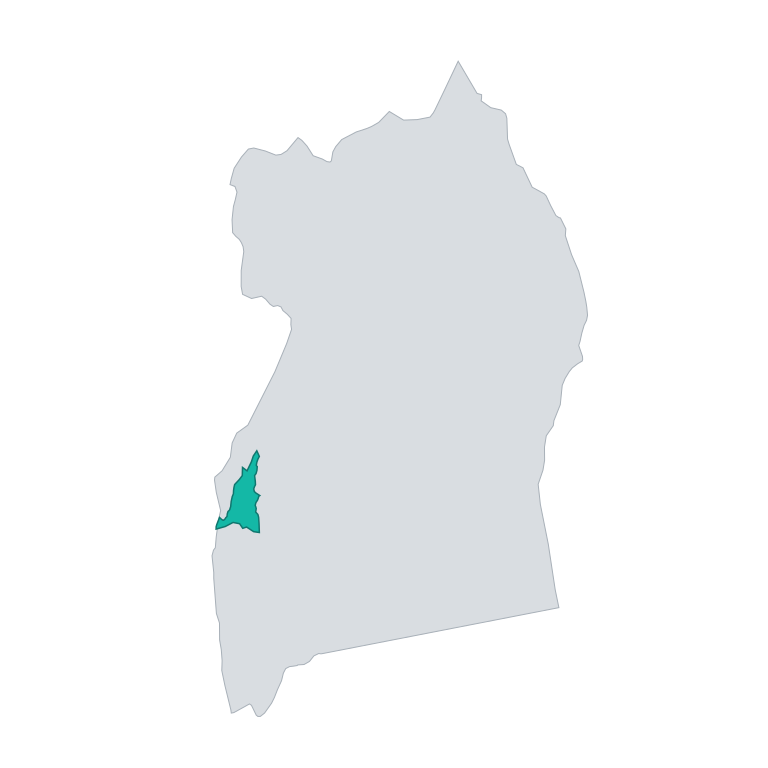 Kabarole on a map of Uganda (Equal Earth projection), rotated 349°
{"feature_id": "UGA-3106", "entity_name": "Kabarole", "entity_type": "District", "adm_level": 1, "iso_a3": "UGA", "parent_name": "Uganda", "parent_adm1": "", "projection": "equal_earth", "projection_center": [30.23, 0.607], "detail": "fine", "context": "in_parent", "style": "filled", "palette": "teal", "viewbox_px": 768, "rotation_deg": 349, "n_neighbors": 0, "source": "natural_earth", "source_scale": "10m", "svg_char_len": 3208}
<svg xmlns="http://www.w3.org/2000/svg" viewBox="0 0 768 768"><g transform="rotate(349 384 384)"><path d="M513.0,636.9L504.4,636.9L490.4,636.9L476.3,636.9L462.3,636.9L448.2,636.9L434.2,636.9L420.2,636.9L406.1,636.9L392.1,636.9L378.0,636.9L364.0,636.9L349.9,636.9L335.9,636.9L321.9,636.9L307.8,636.9L293.8,636.9L279.7,636.9L271.4,636.9L269.8,636.6L268.6,636.1L263.3,637.5L257.9,642.1L252.0,644.1L245.8,643.3L245.0,643.8L241.8,643.7L237.3,643.4L233.2,644.6L230.0,648.7L226.8,655.7L221.1,663.7L216.6,670.8L212.7,675.9L204.0,684.2L199.2,686.7L196.8,686.3L195.4,684.7L192.6,674.1L190.9,672.4L173.9,677.9L171.3,677.9L171.5,674.6L170.3,649.6L170.1,634.3L172.3,624.7L173.6,613.6L173.8,603.8L176.9,587.2L175.7,577.3L179.8,542.3L180.9,536.7L182.4,519.8L184.9,514.6L187.2,512.5L190.1,502.2L195.7,485.7L199.5,477.1L198.7,458.5L199.3,445.9L200.2,443.1L208.5,438.3L219.2,426.6L223.7,412.9L230.1,404.1L242.5,398.4L279.2,351.2L296.2,325.7L303.7,312.7L303.9,308.0L305.3,301.9L302.4,297.1L298.8,292.7L297.6,288.7L294.6,286.7L290.2,286.8L287.3,283.9L284.0,278.1L280.7,274.5L270.3,274.8L262.3,269.0L262.4,261.0L265.5,245.3L271.6,227.3L271.9,222.4L271.0,218.1L269.6,214.5L266.8,210.9L264.3,206.6L266.2,193.7L270.1,181.0L273.2,174.7L276.3,167.6L275.4,161.7L270.9,158.9L273.3,153.2L278.1,143.6L287.4,134.0L295.7,127.5L301.2,127.5L311.9,132.6L321.5,138.7L326.8,139.0L333.3,136.5L346.6,125.7L349.8,129.1L353.8,135.7L358.0,146.4L366.4,151.4L370.4,154.8L373.3,155.8L374.9,154.9L378.1,146.4L381.9,141.8L389.1,136.0L404.8,131.3L416.0,129.9L420.7,128.9L428.7,126.2L441.2,117.5L453.6,128.7L467.1,130.8L480.1,130.8L484.0,127.4L486.3,124.7L500.0,106.3L518.4,81.3L530.8,116.5L535.0,118.6L534.4,121.6L533.4,124.6L541.5,133.1L551.4,137.5L554.9,141.9L555.3,146.6L552.0,167.2L552.6,173.0L555.8,193.7L561.7,198.3L567.0,219.1L577.6,227.9L579.1,230.4L581.6,240.5L584.9,251.5L587.4,254.0L588.9,254.7L592.1,266.4L590.3,273.0L592.8,292.9L596.7,310.8L597.8,332.1L597.9,341.5L597.7,347.3L596.9,355.4L595.0,360.1L591.6,364.6L587.9,371.8L584.6,379.5L582.5,383.3L584.1,394.8L583.7,397.8L582.9,399.3L578.1,401.0L571.9,404.1L568.2,407.2L562.9,413.0L558.7,419.3L553.1,437.9L543.8,452.4L542.2,457.2L533.4,465.8L529.5,476.5L527.1,489.5L523.6,498.9L516.2,511.8L514.5,532.1L514.7,572.6L512.8,618.7L513.0,636.9Z" fill="#d9dde1" stroke="#a8b0b8" stroke-width="1"/><path d="M191.5,494.4L192.0,492.1L193.0,490.1L197.1,483.6L197.8,484.6L198.5,485.6L199.4,486.6L199.9,486.9L200.5,487.1L201.5,486.6L202.5,485.9L203.0,485.2L204.6,484.1L205.4,481.5L206.6,479.3L207.6,478.8L208.5,478.0L209.3,476.5L210.1,475.1L211.6,470.1L213.6,465.5L215.2,463.1L216.0,459.8L217.0,456.9L218.2,454.2L223.7,450.2L227.4,446.9L229.2,438.9L233.0,443.1L238.9,435.2L242.0,429.7L246.4,425.3L247.8,431.3L245.9,433.7L244.3,436.4L243.1,439.5L243.4,440.2L243.8,440.9L242.8,444.5L241.3,447.5L239.5,449.2L239.1,455.1L238.6,458.4L237.4,459.9L236.1,462.1L236.2,464.8L237.4,466.5L240.8,469.8L239.7,470.3L238.5,472.6L237.6,474.0L235.6,476.0L234.4,478.6L234.7,480.2L234.8,481.9L233.6,485.2L235.3,488.0L235.5,490.8L234.7,497.2L233.3,506.0L227.9,504.1L225.9,502.2L224.0,500.3L221.8,498.2L217.8,498.7L215.6,493.6L209.4,491.1L201.0,493.6L191.5,494.4Z" fill="#14b8a6" stroke="#0f766e" stroke-width="1.5"/></g></svg>